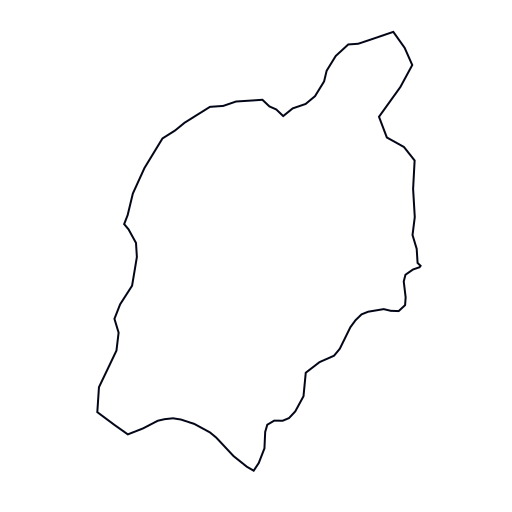 the district of Kaechon City, P'yŏngan-namdo, North Korea, rotated 176°
{"feature_id": "82179303B11143169061479", "entity_name": "Kaechon City", "entity_type": "district", "adm_level": 2, "iso_a3": "PRK", "parent_name": "North Korea", "parent_adm1": "P'yŏngan-namdo", "projection": "albers", "projection_center": [125.98, 39.701], "detail": "fine", "context": "isolated", "style": "outline", "palette": "ink", "viewbox_px": 512, "rotation_deg": 176, "n_neighbors": 0, "source": "geoboundaries", "source_scale": "gbopen_adm2", "svg_char_len": 1275}
<svg xmlns="http://www.w3.org/2000/svg" viewBox="0 0 512 512"><g transform="rotate(176 256 256)"><path d="M103.4,470.0L112.9,467.5L126.1,464.0L139.3,460.6L149.2,460.6L162.5,450.0L172.6,435.9L175.9,425.4L186.0,411.3L195.9,404.2L209.1,400.7L219.1,393.7L225.6,400.8L232.2,404.3L238.7,411.4L242.0,411.4L248.6,411.4L265.1,411.5L278.3,408.0L291.5,408.0L304.7,401.0L318.0,393.9L327.9,386.9L341.1,379.8L351.1,365.7L361.1,351.6L374.5,326.9L381.2,305.7L385.3,297.0L381.3,291.5L374.8,277.4L374.9,263.3L378.3,249.1L381.7,235.0L394.9,217.3L401.6,203.2L398.4,189.1L401.8,171.4L411.8,153.7L421.8,136.1L425.2,111.3L408.8,97.2L396.3,87.0L380.7,91.9L365.5,98.5L358.5,99.6L350.1,99.9L342.3,98.1L329.1,92.7L314.2,83.2L308.4,77.7L292.4,58.0L279.8,46.4L273.3,42.0L267.7,49.3L261.0,63.5L259.1,79.9L256.5,86.9L249.3,90.5L240.9,89.8L234.4,92.0L227.7,98.2L218.4,112.8L214.5,136.1L200.2,145.6L197.6,146.6L185.1,151.1L178.9,157.6L166.8,178.4L161.2,185.0L154.8,190.4L148.0,192.6L132.3,194.1L125.3,191.9L117.5,191.1L110.7,196.6L109.6,204.3L110.4,220.3L108.2,226.9L100.3,231.6L93.6,233.4L92.5,234.7L95.3,237.8L95.2,251.9L98.4,266.0L94.9,283.7L94.6,312.0L91.1,340.2L100.8,354.4L117.2,365.1L123.6,386.3L100.2,414.5L86.8,435.6L93.2,453.3L103.4,470.0Z" fill="none" stroke="#020617" stroke-width="2"/></g></svg>